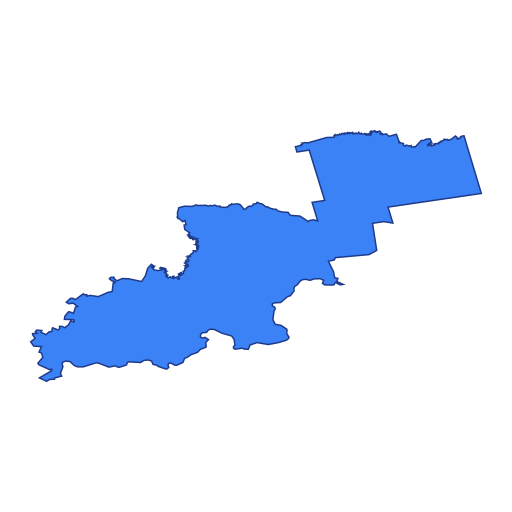 the district of Kurmenes pag., Vecumnieku, Latvia
{"feature_id": "27541924B36001401326835", "entity_name": "Kurmenes pag.", "entity_type": "district", "adm_level": 2, "iso_a3": "LVA", "parent_name": "Latvia", "parent_adm1": "Vecumnieku", "projection": "robinson", "projection_center": [24.833, 56.463], "detail": "fine", "context": "isolated", "style": "filled", "palette": "blue", "viewbox_px": 512, "rotation_deg": 0, "n_neighbors": 0, "source": "geoboundaries", "source_scale": "gbopen_adm2", "svg_char_len": 6062}
<svg xmlns="http://www.w3.org/2000/svg" viewBox="0 0 512 512"><path d="M481.3,193.4L464.0,135.8L461.9,136.1L460.5,136.9L460.9,137.6L459.9,138.3L458.5,138.2L458.5,138.9L457.5,139.2L456.7,138.0L456.8,137.1L455.4,136.0L451.5,139.1L448.0,140.4L447.7,139.5L444.1,139.4L444.5,140.1L440.7,141.4L441.1,141.9L438.6,142.7L438.8,143.6L435.0,143.7L433.8,144.2L434.6,144.9L434.1,145.1L431.0,145.9L430.7,145.0L431.3,144.9L430.5,144.2L428.9,145.1L428.5,144.3L428.0,145.7L427.6,145.1L427.5,144.8L430.2,143.1L431.9,142.9L430.0,138.8L426.3,139.1L423.6,140.5L421.3,140.4L415.1,147.1L413.7,146.5L411.8,147.2L410.5,146.3L410.9,145.6L409.3,146.0L406.2,145.1L405.1,146.1L403.3,145.1L403.4,143.5L400.0,142.7L399.3,141.3L399.3,142.7L398.8,142.7L398.9,141.1L396.4,134.3L389.0,136.3L386.4,133.9L382.6,134.6L382.5,133.7L381.7,133.4L380.8,133.8L381.5,134.5L380.6,134.1L380.2,133.8L380.9,132.9L380.4,131.6L379.2,131.0L378.5,131.7L377.0,131.7L376.9,132.5L375.2,131.9L375.5,131.3L374.6,130.7L372.5,131.5L371.2,131.0L370.4,131.7L371.8,132.2L369.4,133.4L371.3,133.8L370.5,135.5L367.4,134.2L367.1,135.1L365.8,134.9L365.5,134.3L366.1,133.8L364.4,133.5L363.8,134.1L361.8,134.0L361.2,133.2L360.5,134.0L359.2,133.3L358.8,132.3L357.4,133.8L356.0,133.4L356.6,132.7L354.5,133.8L353.6,133.1L352.7,133.7L352.3,132.5L351.6,133.1L350.1,132.6L349.5,133.6L348.8,132.7L347.8,133.3L347.5,132.6L346.9,133.0L347.0,133.7L345.5,133.6L345.1,133.0L344.1,133.3L344.0,134.3L342.2,133.3L340.5,134.7L339.7,134.0L338.9,134.9L337.2,134.7L336.5,135.6L335.8,135.6L335.1,134.6L334.0,135.7L334.3,137.0L333.7,137.3L326.6,137.5L307.8,142.9L305.5,142.6L302.1,143.1L302.7,143.5L302.5,144.1L300.9,144.9L301.3,145.4L295.4,146.7L296.9,152.0L309.2,150.1L324.7,200.4L312.1,202.4L317.7,220.9L313.6,219.8L309.4,220.5L308.4,221.6L300.0,216.1L290.2,215.3L288.2,212.4L282.1,212.0L277.9,210.9L275.9,209.1L275.1,209.5L269.6,208.1L268.0,206.9L266.2,207.0L261.7,203.7L260.3,203.8L257.7,202.4L256.9,202.5L256.3,203.6L253.1,204.2L253.1,205.0L251.2,206.5L249.7,206.0L246.6,207.7L246.2,208.7L244.2,209.4L240.1,204.6L237.9,203.8L232.8,204.3L231.5,203.8L231.2,204.8L229.1,205.1L228.3,206.5L225.5,207.4L220.4,207.1L219.6,206.7L219.8,206.1L217.7,206.3L214.7,205.1L211.9,205.9L210.0,205.4L208.3,206.2L206.3,205.3L198.0,205.5L196.1,204.9L192.3,206.4L184.5,206.2L178.8,207.7L177.4,213.0L177.7,216.5L177.1,217.0L177.9,218.5L179.3,218.7L182.7,221.7L185.0,220.4L186.0,224.7L184.1,225.1L184.8,229.5L189.6,232.8L188.7,234.0L189.1,234.4L188.3,234.6L189.9,235.7L188.2,236.0L189.3,236.8L192.7,237.0L192.0,237.6L189.6,237.8L190.1,238.4L192.8,238.4L192.7,239.4L193.2,239.8L194.0,239.4L193.8,238.8L194.5,238.1L195.4,238.2L195.1,239.0L197.3,238.9L196.4,239.6L197.9,240.7L196.4,240.3L195.9,241.3L196.6,241.8L197.9,241.0L198.3,242.4L197.5,243.5L196.0,243.0L195.8,243.5L197.2,244.6L195.6,244.8L198.3,245.9L196.8,246.7L197.1,247.4L198.5,247.3L198.1,248.5L196.7,247.9L196.8,248.8L197.8,249.1L196.0,251.5L195.5,250.8L193.2,250.7L193.4,252.2L192.6,253.2L190.4,254.6L190.2,255.8L188.7,256.0L189.8,256.6L187.1,257.0L188.0,257.5L187.3,259.0L188.8,260.0L188.7,261.4L187.9,261.7L186.2,260.3L185.5,261.2L186.2,262.4L184.6,263.0L185.9,264.2L187.4,264.0L188.3,265.3L185.5,265.7L187.7,266.6L185.8,267.9L185.7,267.0L185.1,267.1L184.7,270.7L183.1,271.4L183.5,273.7L182.0,273.7L181.1,272.5L178.4,274.1L178.7,274.7L182.0,274.8L178.0,276.5L179.5,278.3L179.4,279.0L178.2,279.2L176.3,277.1L173.6,278.3L173.9,276.3L172.7,276.4L172.1,277.8L170.3,276.8L168.2,278.0L166.3,276.5L167.8,275.8L167.8,275.0L165.9,274.8L166.6,273.8L166.4,273.0L164.3,272.5L164.6,271.7L166.8,271.1L164.7,269.8L165.9,269.5L165.7,268.6L160.5,267.4L159.9,268.1L163.2,269.6L157.6,270.6L154.1,269.8L151.7,267.5L151.6,266.7L152.5,266.3L153.6,267.8L154.6,266.3L152.7,266.1L153.0,265.4L151.3,264.3L147.7,268.3L145.3,276.0L141.6,281.5L128.7,278.8L122.5,278.5L116.9,280.8L113.7,278.2L114.0,277.3L111.4,277.2L109.5,278.3L109.4,278.9L111.9,280.8L114.9,281.8L115.0,282.9L113.2,283.0L112.2,291.5L108.2,292.3L98.3,296.6L90.1,295.4L86.9,296.2L86.8,294.7L84.2,294.7L83.3,293.8L75.4,299.6L72.8,298.3L70.4,298.4L66.3,302.2L68.5,303.7L73.3,303.2L77.6,306.5L75.5,307.1L73.5,313.2L69.0,311.7L68.2,312.1L64.8,316.3L64.4,319.4L73.6,319.6L74.3,321.6L73.8,322.0L70.7,320.9L68.5,324.8L64.8,327.7L62.1,326.4L59.5,326.3L59.7,328.8L58.0,329.9L52.7,327.8L52.3,328.2L51.7,331.5L49.2,331.8L45.9,334.6L41.1,332.3L41.8,330.5L36.7,330.1L35.4,331.7L37.1,333.3L32.6,333.6L32.6,334.7L35.1,338.4L30.7,341.8L33.7,346.1L41.4,346.6L39.0,352.1L41.4,352.9L42.8,357.4L37.9,363.2L38.9,364.8L49.8,369.7L51.6,369.1L51.7,370.7L39.4,377.9L46.6,381.3L49.6,379.5L54.5,379.2L54.7,377.9L61.7,376.1L60.4,373.6L62.9,366.6L62.1,363.5L63.0,362.1L65.5,361.1L69.9,361.5L74.4,365.6L77.8,366.9L83.4,366.8L96.2,362.8L99.4,363.4L108.8,367.1L115.7,365.8L117.4,367.0L119.3,367.3L126.4,365.0L127.5,362.5L128.9,361.8L140.6,362.5L143.8,360.4L148.2,360.0L151.6,361.1L153.0,364.4L156.5,365.1L158.2,366.4L165.5,368.9L167.1,368.9L168.8,367.4L167.9,364.8L168.9,363.2L171.3,363.2L174.8,365.2L176.9,365.2L183.0,362.4L184.6,358.3L187.5,357.2L191.1,354.6L197.6,352.3L200.3,349.4L205.9,347.2L206.2,346.2L205.7,342.5L208.5,339.6L205.1,337.4L202.6,337.9L200.9,337.4L200.3,336.4L200.7,334.4L202.1,332.8L206.5,332.4L208.3,330.0L210.5,329.2L214.1,329.4L222.0,333.2L231.7,336.0L234.2,339.6L234.9,345.3L233.5,346.7L233.4,347.5L233.9,348.6L235.1,349.2L241.9,348.2L244.5,349.1L248.3,349.3L250.0,345.0L257.0,342.6L268.3,344.5L278.9,342.5L286.3,340.2L288.3,338.8L289.0,337.3L286.5,333.1L287.1,331.0L286.8,329.2L280.9,325.3L275.3,324.4L272.9,319.7L273.9,311.5L275.3,308.5L274.5,307.0L272.4,305.8L272.2,304.0L274.2,302.9L280.6,302.5L287.5,296.6L290.4,295.7L294.0,291.0L293.9,288.4L294.6,286.5L297.4,284.6L300.2,281.0L302.7,279.6L305.5,279.3L310.1,280.3L314.1,278.9L320.2,278.7L323.7,280.3L322.5,283.4L324.9,284.9L333.3,285.0L334.4,284.4L334.6,283.0L335.8,282.6L340.2,284.9L343.2,284.4L336.7,281.4L337.9,278.4L334.7,277.8L333.6,271.9L328.4,261.2L334.2,260.0L335.5,257.6L369.0,254.6L376.7,250.4L372.5,223.3L383.9,221.6L392.9,223.1L388.0,207.1L481.3,193.4Z" fill="#3b82f6" stroke="#1e3a8a" stroke-width="1.5"/></svg>